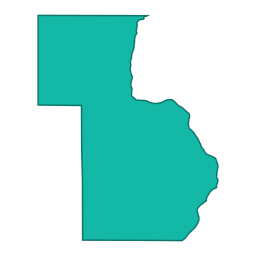 the district of Chisago, Minnesota, United States of America
{"feature_id": "52423323B15141703051874", "entity_name": "Chisago", "entity_type": "district", "adm_level": 2, "iso_a3": "USA", "parent_name": "United States of America", "parent_adm1": "Minnesota", "projection": "mercator", "projection_center": [-92.792, 45.513], "detail": "fine", "context": "isolated", "style": "filled", "palette": "teal", "viewbox_px": 256, "rotation_deg": 0, "n_neighbors": 0, "source": "geoboundaries", "source_scale": "gbopen_adm2", "svg_char_len": 1403}
<svg xmlns="http://www.w3.org/2000/svg" viewBox="0 0 256 256"><path d="M38.1,15.4L38.1,105.0L81.5,105.5L81.7,150.4L82.5,180.7L82.6,240.1L156.8,240.4L182.0,240.6L185.1,238.3L186.7,236.3L188.5,233.7L194.9,227.5L196.8,224.8L198.6,221.1L198.9,219.7L198.9,218.2L198.7,216.6L197.1,210.8L197.2,209.4L197.6,208.3L199.8,205.7L206.1,200.9L206.4,200.5L206.3,199.1L206.9,197.1L207.7,195.7L209.6,192.5L211.6,190.3L213.6,188.9L216.5,187.6L216.5,185.1L217.4,183.0L217.9,180.0L217.8,179.5L216.9,178.3L216.6,176.9L217.0,171.5L217.9,167.2L217.9,165.3L215.7,158.6L215.4,158.2L212.6,156.7L206.8,154.3L205.7,153.5L203.3,149.4L201.6,147.4L200.3,143.9L197.7,138.7L194.2,133.4L192.8,131.6L189.7,128.7L188.9,127.6L188.5,125.3L188.4,121.8L189.6,116.0L189.5,115.1L189.1,113.8L182.0,107.6L177.9,105.3L175.1,102.1L173.0,100.4L171.9,99.7L170.9,99.6L167.4,99.9L165.8,100.4L161.7,102.5L157.8,103.4L153.8,103.5L149.8,102.4L146.3,100.8L145.4,100.6L136.4,100.1L132.8,97.0L131.8,96.0L131.4,94.2L132.0,88.5L130.9,85.9L130.8,83.9L131.4,80.6L132.3,77.9L132.1,76.1L130.8,73.0L130.3,70.3L130.2,68.5L130.7,65.9L130.7,64.1L130.3,63.0L130.6,60.3L131.1,59.3L131.7,54.8L132.3,52.4L133.6,49.2L134.3,44.1L134.8,37.0L136.8,33.0L136.8,32.7L136.2,31.4L137.2,25.1L136.9,23.4L137.1,22.2L138.4,20.6L139.5,19.7L142.8,19.3L143.7,18.9L143.9,18.6L143.9,17.0L144.5,16.4L146.6,16.1L147.3,15.7L38.1,15.4Z" fill="#14b8a6" stroke="#0f766e" stroke-width="1.5"/></svg>